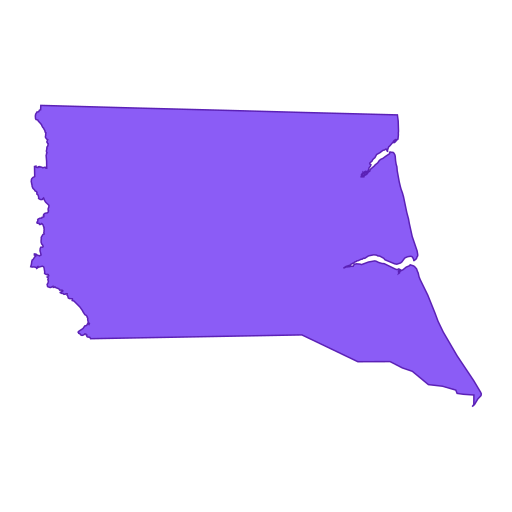 outline of Güer Aike, Santa Cruz, Argentina
{"feature_id": "61730980B56904104065194", "entity_name": "Güer Aike", "entity_type": "district", "adm_level": 2, "iso_a3": "ARG", "parent_name": "Argentina", "parent_adm1": "Santa Cruz", "projection": "albers", "projection_center": [-69.615, -51.54], "detail": "fine", "context": "isolated", "style": "filled", "palette": "violet", "viewbox_px": 512, "rotation_deg": 0, "n_neighbors": 0, "source": "geoboundaries", "source_scale": "gbopen_adm2", "svg_char_len": 5863}
<svg xmlns="http://www.w3.org/2000/svg" viewBox="0 0 512 512"><path d="M227.4,110.4L131.0,107.9L40.8,105.4L40.6,109.8L39.4,110.2L38.7,111.7L36.8,112.1L36.5,112.9L35.6,114.2L35.5,115.5L35.3,115.8L35.5,118.5L36.0,119.5L37.8,120.0L38.3,121.1L41.1,124.1L41.1,124.3L41.6,124.8L41.8,125.6L42.9,127.6L43.6,128.1L43.9,129.0L45.0,130.8L45.0,131.9L46.0,132.9L45.6,134.1L45.8,135.1L45.4,136.2L45.5,137.5L46.8,139.2L47.7,139.6L46.8,142.0L47.3,142.5L47.4,143.0L47.9,143.7L48.1,143.7L48.1,144.5L47.9,145.1L47.9,145.8L46.9,147.1L46.9,147.8L47.0,148.0L46.8,148.2L46.8,149.1L46.4,150.8L46.4,151.4L47.0,152.8L46.6,153.1L46.5,154.2L46.1,155.4L46.6,161.2L46.7,168.2L45.6,168.0L45.3,167.3L45.0,167.2L42.8,167.8L41.6,167.1L40.8,167.2L40.2,166.8L39.9,167.0L39.7,166.6L38.5,166.7L38.5,167.0L38.1,167.1L38.0,167.5L37.2,167.5L36.3,167.3L36.0,166.4L35.5,166.5L35.6,166.2L34.5,166.5L34.7,176.6L32.9,177.5L31.7,178.8L31.3,180.1L31.4,180.8L31.2,181.6L31.7,183.4L31.6,183.9L32.0,184.7L32.1,186.3L32.9,188.3L34.6,190.0L35.1,191.0L36.3,191.5L37.0,192.3L36.8,193.0L37.0,194.3L37.7,194.5L38.3,195.8L38.7,197.6L38.6,198.5L40.3,199.5L41.5,199.6L42.5,199.4L42.8,198.6L43.6,198.0L44.6,200.5L45.6,202.1L48.9,205.3L48.8,207.1L48.2,208.3L48.1,210.1L48.5,210.8L48.0,212.3L47.5,212.8L45.0,213.3L43.9,214.2L43.4,215.2L43.9,215.6L43.8,216.8L42.0,217.3L41.7,218.1L39.9,218.2L38.1,219.1L37.7,219.7L37.9,220.2L37.6,221.6L36.9,222.2L37.2,223.2L39.2,223.4L39.5,224.5L40.8,224.4L41.4,223.5L42.0,223.7L43.0,224.9L43.7,226.9L44.1,227.3L43.9,228.0L44.2,229.3L44.0,230.8L44.1,231.2L43.8,232.6L44.2,233.9L42.9,234.5L41.3,237.2L41.2,237.8L41.4,238.3L41.2,238.8L41.3,239.6L41.1,239.9L41.1,242.3L41.8,244.2L42.7,245.1L43.1,246.7L42.5,247.2L40.8,247.2L40.2,248.5L40.0,250.8L41.1,254.9L39.4,255.9L38.9,255.5L37.7,255.4L36.0,254.1L34.4,253.9L34.3,255.0L35.8,255.7L35.7,256.3L34.8,256.8L33.0,259.6L32.3,259.9L31.8,261.3L31.4,264.3L30.7,266.7L32.2,267.1L33.0,266.9L35.1,267.1L36.5,267.8L36.7,268.4L37.5,267.9L37.4,266.7L38.0,266.4L38.6,267.2L42.3,266.2L43.5,266.7L44.0,267.7L44.7,271.9L44.6,273.5L46.4,274.6L47.2,274.3L48.2,274.6L48.1,275.1L48.5,275.2L48.7,275.7L48.1,275.9L47.9,276.9L47.2,277.1L48.3,278.2L48.1,279.4L47.8,279.7L48.4,281.1L48.0,283.0L47.1,284.4L47.6,286.6L49.6,287.4L50.7,287.5L53.0,286.3L53.3,287.4L54.1,287.4L54.9,286.8L55.9,287.7L58.4,288.6L59.4,289.4L59.6,290.1L62.2,290.2L62.8,290.7L62.7,291.2L60.2,292.4L60.2,292.6L61.7,293.4L63.1,293.5L63.9,294.3L65.3,294.2L65.5,293.9L66.3,293.7L67.2,293.8L67.0,295.1L67.6,295.6L68.3,298.0L69.4,298.6L72.4,298.8L72.5,299.6L72.2,300.5L73.9,301.0L79.9,307.0L82.5,310.7L83.0,311.8L84.9,314.7L86.1,315.3L87.1,316.5L87.2,317.4L87.8,318.2L87.7,319.8L88.3,322.5L89.4,323.5L89.0,324.5L87.6,323.6L87.2,324.7L86.0,325.7L84.8,325.9L83.0,328.5L78.9,331.2L78.1,332.1L78.2,332.4L78.6,332.7L78.7,333.3L80.0,333.8L80.6,334.8L81.5,335.3L82.7,335.3L84.3,334.5L84.8,333.9L85.8,334.0L86.1,334.9L86.8,335.0L86.8,336.2L87.1,336.7L87.6,337.0L89.8,337.3L90.6,338.7L301.9,334.9L357.8,361.7L390.1,361.6L402.3,367.9L412.3,371.3L428.4,384.6L442.4,386.2L455.8,390.1L457.1,393.4L463.6,394.3L473.9,395.0L473.8,404.6L472.2,406.6L474.6,404.4L477.8,399.0L481.0,395.6L481.3,393.9L480.7,392.4L473.8,380.8L457.1,355.8L443.2,332.0L438.0,321.2L435.0,313.1L427.8,295.2L420.2,279.7L419.0,276.7L418.2,273.0L417.4,271.3L416.6,268.9L414.5,266.5L413.3,265.8L410.2,264.8L409.8,265.4L408.9,266.0L406.2,267.1L402.8,269.9L400.4,271.0L400.2,271.4L399.3,271.9L399.6,272.6L399.5,272.9L398.7,273.4L399.0,272.7L398.4,271.9L398.8,271.1L398.0,271.0L398.6,270.9L400.3,269.7L398.8,268.9L397.2,269.6L395.8,269.3L384.1,263.6L382.0,263.5L378.5,262.4L376.1,261.2L374.7,260.9L368.5,262.0L361.5,264.6L360.0,264.1L356.4,263.8L354.6,264.3L353.8,264.9L353.2,266.3L350.8,266.3L349.6,266.7L348.4,266.5L348.0,266.9L346.6,266.8L343.4,268.2L345.9,266.5L350.5,265.0L351.2,264.0L352.0,263.9L352.8,263.2L353.7,263.2L354.4,262.2L356.4,261.4L357.0,260.8L358.1,260.7L361.0,259.3L362.2,259.2L363.3,258.3L364.8,258.3L368.5,255.9L373.7,254.8L376.5,255.1L377.8,255.9L379.8,256.1L383.8,258.3L385.0,259.8L394.6,263.8L396.8,264.2L400.5,263.0L401.8,262.0L404.4,258.5L405.1,257.8L407.7,256.7L410.4,256.3L411.7,256.5L412.4,257.1L413.0,258.1L413.7,259.6L413.8,260.5L414.3,260.5L416.4,258.7L417.0,257.0L417.7,255.8L417.7,254.4L417.1,250.9L412.2,236.5L409.3,223.4L408.5,218.9L406.8,212.6L403.5,196.7L402.4,192.8L401.1,189.3L400.3,186.4L399.2,181.7L397.2,170.7L396.9,166.8L396.1,164.1L395.6,160.9L395.2,156.1L394.8,154.7L393.9,153.1L392.9,152.3L391.8,152.4L390.6,152.0L389.6,152.2L389.8,153.1L389.3,153.9L385.5,156.4L382.9,158.4L380.8,159.3L379.3,160.5L377.7,162.9L375.1,164.9L374.4,165.9L370.6,169.1L370.0,170.1L369.7,171.3L368.5,171.9L367.1,173.9L366.1,174.6L364.9,174.4L364.7,174.7L365.2,175.1L364.6,175.5L363.9,175.6L364.0,176.5L363.9,176.8L363.0,176.9L362.9,176.4L363.4,176.2L363.2,175.9L362.1,176.0L361.2,176.9L360.5,176.7L361.2,176.6L361.6,175.9L361.4,174.8L362.4,173.3L362.9,173.1L363.1,172.5L364.0,172.5L364.2,172.0L365.5,171.3L367.2,171.6L368.2,170.7L369.1,167.8L370.4,166.2L370.8,165.1L370.9,164.6L370.0,164.2L369.7,163.5L369.7,163.1L372.1,161.0L372.4,160.1L373.5,158.8L374.9,157.7L376.6,154.5L379.9,152.7L383.0,150.3L384.5,150.0L385.8,149.1L386.7,149.3L386.7,150.0L387.5,151.3L387.3,152.0L387.7,149.5L388.7,146.8L389.7,146.0L393.3,141.8L394.8,140.4L393.4,141.4L394.2,140.5L395.7,139.5L396.4,139.7L395.5,140.0L395.5,140.9L394.0,142.3L393.2,142.5L394.0,142.7L394.8,142.3L398.0,138.8L398.4,134.8L398.3,132.5L398.4,132.4L398.5,131.1L398.2,121.1L397.4,114.9L304.2,112.5L227.4,110.4ZM366.8,173.0L365.5,172.1L364.9,172.5L364.3,172.3L364.3,173.0L363.7,173.2L363.2,172.7L363.3,173.4L363.1,173.8L362.8,174.1L362.4,173.8L361.6,174.9L361.7,175.7L361.8,176.1L362.4,175.5L363.3,175.6L363.6,176.2L363.0,176.7L363.8,176.7L363.7,175.5L365.0,175.1L364.5,174.7L364.9,174.0L366.1,174.1L366.8,173.4L366.8,173.0Z" fill="#8b5cf6" stroke="#5b21b6" stroke-width="1.5"/></svg>